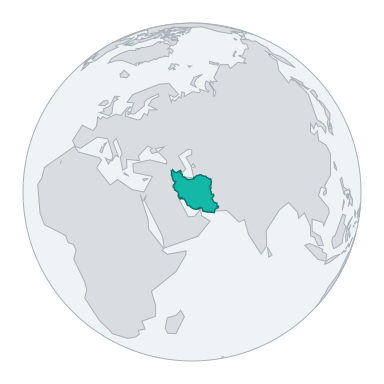 the Earth from above Iran
{"feature_id": "IRN", "entity_name": "Iran", "entity_type": "country or territory", "adm_level": 0, "iso_a3": "IRN", "parent_name": "Asia", "parent_adm1": "", "projection": "orthographic", "projection_center": [53.162, 32.435], "detail": "medium", "context": "on_globe", "style": "filled", "palette": "teal", "viewbox_px": 384, "rotation_deg": 0, "n_neighbors": 0, "source": "natural_earth", "source_scale": "50m", "svg_char_len": 12238}
<svg xmlns="http://www.w3.org/2000/svg" viewBox="0 0 384 384"><circle cx="192" cy="192" r="169" fill="#eef3f6" stroke="#a8b0b8"/><path d="M202.2,23.3L203.2,23.4L220.5,26.1L228.4,27.4L224.7,27.1L241.5,30.6L252.5,34.4L238.5,29.9L235.9,29.4L242.6,31.7L241.3,31.7L243.8,33.0L241.7,33.0L233.7,30.9L232.2,31.0L237.0,32.6L237.9,34.0L231.1,31.5L232.0,33.8L218.8,31.7L202.2,26.8L193.3,27.3L172.0,27.2L172.3,27.9L164.5,29.0L161.9,30.3L158.7,30.4L159.5,31.5L162.9,31.3L164.4,31.8L163.2,32.8L158.9,32.8L158.9,32.3L157.0,32.8L155.3,32.5L155.5,33.2L150.4,33.4L153.6,34.7L148.1,36.1L145.2,35.9L147.8,34.0L147.7,30.3L145.6,30.3L139.9,31.7L124.2,38.1L120.9,39.2L114.7,42.1L115.4,42.1L120.5,39.9L120.3,41.1L126.6,38.8L127.5,39.1L133.0,38.0L129.6,40.3L123.2,43.5L118.5,44.7L115.6,46.3L118.0,47.2L107.1,52.1L96.4,60.1L93.9,61.4L92.7,59.5L98.0,53.8L96.5,53.1L94.8,56.0L88.5,59.9L86.3,61.8L85.1,63.3L86.5,62.9L83.8,65.0L84.4,62.4L86.9,60.4L86.7,61.1L89.1,58.7L89.5,57.8L86.2,60.2L86.8,59.8L96.8,52.4L107.2,45.8L118.2,40.0L129.5,35.0L141.1,30.9L153.1,27.6L165.2,25.2L177.5,23.7L189.9,23.1L202.2,23.3ZM234.4,28.7L230.7,27.7L234.8,28.7L234.4,28.7ZM244.5,33.2L246.0,33.5L246.6,34.1L244.5,33.2ZM134.5,36.8L133.8,37.4L133.1,37.3L134.5,36.8ZM137.6,35.8L137.4,35.3L138.9,34.8L139.0,35.2L137.6,35.8ZM244.1,34.7L244.7,35.7L242.7,34.3L244.1,34.7ZM137.5,36.6L141.5,34.0L144.0,33.2L146.5,33.9L137.5,36.6ZM244.1,36.1L245.8,38.9L249.2,39.8L240.5,39.4L242.0,36.8L239.0,34.8L242.3,36.0L244.1,36.1ZM164.5,30.9L160.8,31.1L165.0,30.1L164.5,30.9ZM166.8,30.1L177.5,27.0L182.4,27.4L177.9,28.2L185.1,28.3L182.2,29.9L177.6,30.3L175.0,29.6L175.9,30.8L166.8,30.1ZM235.5,38.9L234.7,39.5L234.0,38.5L235.5,38.9ZM165.3,32.0L167.0,31.2L171.4,31.4L168.8,33.0L168.2,32.4L165.3,32.0ZM188.4,27.7L191.2,28.3L189.6,29.7L190.5,30.2L182.6,30.0L188.4,27.7ZM166.6,32.8L167.3,33.9L164.2,34.7L163.9,32.8L166.6,32.8ZM173.7,30.8L175.6,31.0L173.7,31.4L173.7,30.8ZM153.5,38.8L155.4,37.5L157.9,37.5L153.5,38.8ZM167.8,34.3L168.8,34.0L170.0,33.9L169.8,34.8L167.8,34.3ZM182.0,31.2L180.8,31.7L185.2,31.3L184.2,32.6L179.1,32.3L180.8,33.0L180.5,33.4L176.7,32.8L182.0,31.2ZM173.2,35.5L166.4,36.0L162.2,38.2L159.9,38.2L167.0,34.8L173.2,35.5ZM175.6,33.9L173.6,34.9L171.7,34.3L172.0,33.3L175.6,33.9ZM185.3,33.6L188.2,31.7L189.2,31.9L185.3,33.6ZM172.3,36.2L174.0,36.1L172.2,36.5L172.3,36.2ZM181.7,34.5L182.6,33.7L183.7,33.9L181.7,34.5ZM176.6,36.7L174.4,36.8L174.5,36.0L176.6,36.7ZM179.2,35.8L180.6,36.2L175.8,35.7L179.4,35.4L179.2,35.8ZM182.7,34.8L183.6,34.7L182.1,35.1L182.7,34.8ZM177.5,39.7L171.5,39.2L171.7,37.4L177.5,38.1L177.5,39.7ZM40.1,213.2L37.7,184.6L41.8,178.1L44.5,167.4L74.4,146.4L78.4,152.0L99.3,157.6L101.5,160.2L96.5,167.9L110.2,185.0L117.6,179.5L132.4,189.8L143.9,191.9L152.4,176.4L133.6,172.5L132.8,163.7L149.8,159.9L166.6,163.9L166.8,160.7L158.2,151.9L164.2,146.9L155.5,148.5L157.5,152.2L152.1,153.5L150.0,150.2L152.2,148.4L147.7,146.0L138.5,155.8L139.5,160.6L126.5,159.4L126.9,167.6L122.6,170.1L120.3,157.4L122.2,153.4L116.2,138.3L113.1,142.2L118.5,157.0L115.9,155.1L111.7,161.2L112.8,155.1L107.7,138.7L97.4,137.1L80.6,148.2L75.3,146.6L72.6,140.4L82.4,125.2L93.0,130.7L96.6,126.1L97.7,116.8L100.8,119.5L102.5,116.6L106.9,118.5L116.1,114.1L120.9,115.4L127.6,107.3L131.0,107.0L126.1,111.8L125.3,116.1L137.7,120.0L141.0,118.8L144.3,113.4L147.4,115.5L149.0,109.8L157.6,109.8L148.4,105.3L152.0,99.5L158.9,96.4L158.4,93.9L147.3,99.1L144.3,102.0L144.4,105.7L134.9,113.8L130.0,114.0L133.7,102.9L127.1,102.2L132.8,94.5L159.4,84.1L169.0,83.5L178.4,94.3L174.5,97.4L169.1,94.9L171.3,102.4L172.4,99.2L174.9,101.2L179.1,96.7L181.0,97.9L181.6,91.9L184.5,92.9L184.1,96.7L192.6,91.7L199.4,92.8L200.4,91.2L199.5,89.1L208.7,92.3L209.0,91.0L206.1,89.4L204.9,85.8L206.2,80.9L209.3,82.3L209.3,84.2L213.8,90.6L213.1,96.0L214.5,96.1L215.8,91.8L210.3,83.9L210.3,80.6L213.5,84.0L212.3,82.5L213.3,81.3L217.1,81.5L213.9,77.8L220.1,64.8L228.1,64.5L230.3,68.5L237.9,62.4L246.4,63.5L243.7,61.9L245.6,58.4L242.9,58.0L241.8,57.0L245.3,49.2L248.5,48.8L247.0,44.5L245.6,43.8L243.1,43.8L240.5,39.4L249.2,39.8L251.9,41.3L255.5,40.9L261.1,44.6L267.4,47.9L271.5,52.8L276.2,55.3L277.0,55.0L284.0,58.4L295.3,67.7L282.3,61.8L264.6,50.3L271.5,54.8L268.8,54.4L270.5,56.6L275.5,60.1L276.8,60.0L278.9,70.5L288.6,82.9L290.7,79.4L295.4,81.0L308.3,94.3L317.1,119.6L323.5,123.8L326.1,128.1L325.6,132.9L321.7,126.7L318.1,126.6L316.0,122.6L313.8,129.0L310.7,123.7L310.5,131.7L314.3,134.8L317.4,130.8L318.6,140.6L326.0,145.0L330.5,153.8L330.5,175.1L324.9,185.2L325.3,188.4L321.1,187.1L318.5,195.5L328.5,208.0L329.2,212.7L323.6,225.8L323.0,222.5L312.1,219.1L312.1,231.2L320.5,236.5L323.4,245.7L317.9,245.4L314.6,237.4L310.7,236.0L310.3,225.9L304.3,212.8L298.6,218.3L297.6,212.2L288.5,202.4L279.5,209.8L266.2,230.5L266.7,246.0L261.1,254.0L248.5,234.4L244.4,219.6L239.0,222.0L226.9,210.5L203.2,211.5L200.7,207.4L196.1,209.5L187.7,205.4L184.2,198.6L178.8,198.9L188.3,216.7L194.3,216.4L200.4,209.7L201.9,215.9L210.1,221.1L197.9,236.3L164.3,248.0L162.5,236.2L144.6,200.7L146.0,197.1L146.0,196.7L145.9,195.9L142.7,201.6L140.1,194.5L148.0,219.2L148.7,229.2L163.8,248.6L162.0,250.3L167.3,254.3L186.1,250.9L185.9,254.7L176.1,271.5L151.4,291.3L155.6,305.5L155.3,316.4L141.9,321.2L145.1,329.1L138.5,330.3L139.4,334.2L135.2,337.1L127.5,338.4L112.2,333.6L109.6,330.1L99.5,320.6L84.7,297.9L86.8,290.1L84.8,282.0L73.9,259.5L76.1,250.1L73.6,244.4L68.2,242.7L65.6,235.7L62.5,233.8L44.5,224.8L40.1,213.2ZM61.5,160.7L60.1,163.7L61.5,160.7ZM182.7,176.7L193.8,178.0L191.4,167.2L195.5,167.0L193.2,163.6L191.2,166.4L186.0,157.2L191.7,154.5L191.8,149.9L188.0,149.3L178.4,156.0L185.8,168.9L182.1,173.0L182.7,176.7ZM88.5,60.1L88.3,60.3L86.6,62.1L86.5,61.8L88.5,60.1ZM84.9,67.7L80.7,70.9L83.6,68.2L82.5,68.2L87.4,62.9L92.9,61.9L89.5,63.1L84.9,67.7ZM95.4,56.1L91.7,59.2L95.6,55.8L95.4,56.1ZM107.7,100.3L108.2,103.0L105.0,105.7L98.8,105.2L103.4,101.2L107.7,100.3ZM109.5,106.4L114.9,96.2L118.9,96.5L115.8,98.0L117.9,99.2L113.4,102.0L112.0,112.7L109.1,115.8L99.3,112.5L104.1,111.6L103.4,108.9L109.5,106.4ZM121.5,73.6L123.9,70.2L129.6,75.0L126.7,77.7L120.4,77.0L120.1,73.5L121.5,73.6ZM141.2,38.7L141.7,37.9L142.9,37.8L143.5,38.4L141.2,38.7ZM154.2,38.2L140.1,42.5L140.0,41.7L131.8,45.8L128.4,45.3L133.8,42.6L125.1,45.6L128.6,42.9L122.7,45.3L135.1,39.2L137.9,37.3L136.0,39.6L139.1,40.0L141.3,39.6L149.5,37.2L157.0,33.8L161.2,34.0L162.2,35.1L161.1,36.0L158.7,35.5L158.9,37.0L154.5,37.0L154.2,38.2ZM171.4,53.7L169.2,51.8L168.7,56.8L164.4,56.0L164.6,56.6L160.5,57.3L155.9,59.5L154.3,58.7L153.2,59.9L150.4,60.6L148.4,62.1L144.8,61.4L142.0,63.2L141.8,61.9L138.0,65.3L139.2,62.5L135.8,63.4L136.4,65.6L121.9,60.3L114.9,61.0L108.3,63.2L111.4,58.7L119.4,54.0L129.4,50.2L135.7,50.5L136.0,48.7L139.1,48.4L137.6,49.9L141.7,47.4L143.9,47.6L152.8,45.5L157.4,42.1L160.7,41.5L160.0,43.0L163.8,41.3L164.8,43.8L167.2,43.5L170.5,45.8L167.7,49.1L170.6,48.6L173.3,50.6L171.4,53.7ZM178.3,40.4L175.9,44.1L172.4,45.7L168.0,41.1L165.7,41.0L162.8,38.6L168.0,36.5L168.4,37.3L169.9,37.7L167.7,38.2L170.6,38.1L171.2,39.4L173.6,39.7L172.2,40.8L178.3,40.4ZM105.5,158.1L107.5,159.3L110.9,160.1L108.4,164.2L105.5,158.1ZM101.8,146.9L103.8,147.1L101.9,152.9L99.8,151.8L101.8,146.9ZM106.5,142.6L104.0,146.7L104.2,143.8L106.5,142.6ZM128.1,111.8L130.5,111.9L130.1,113.3L128.0,114.9L128.1,111.8ZM169.3,69.9L168.6,68.1L169.7,67.7L171.4,63.7L174.8,64.2L175.0,66.8L169.3,69.9ZM148.3,178.6L144.0,181.1L142.7,179.3L144.4,178.7L148.3,178.6ZM124.5,172.8L129.2,176.3L123.8,173.9L124.5,172.8ZM173.3,69.8L173.6,68.0L175.1,69.4L173.3,69.8ZM177.3,64.4L179.3,65.6L175.4,63.8L177.3,64.4ZM222.4,356.7L224.2,356.8L221.3,357.2L222.4,356.7ZM184.4,316.8L175.8,333.8L167.7,333.3L165.1,328.3L167.4,317.8L176.4,315.2L180.6,310.2L184.4,316.8ZM344.0,252.3L345.9,250.7L345.7,251.4L344.0,252.3ZM342.1,252.4L344.5,250.1L341.4,254.2L342.1,252.4ZM345.4,249.2L347.9,245.3L348.9,243.1L348.6,244.7L345.4,249.2ZM340.3,254.1L329.3,262.6L324.6,264.2L326.0,261.0L333.7,256.3L340.3,254.1ZM325.6,261.2L317.9,259.3L304.8,245.3L309.6,243.5L322.7,249.2L321.9,251.7L326.6,254.1L325.6,261.2ZM343.0,236.3L342.2,243.0L336.4,247.4L333.6,248.5L331.7,241.9L332.8,237.0L335.2,235.4L342.7,214.3L345.7,215.2L343.8,223.4L346.1,226.8L343.0,236.3ZM267.5,247.2L272.0,255.1L268.8,257.3L267.5,247.2ZM344.4,201.4L342.3,210.5L343.7,199.5L344.4,201.4ZM344.4,191.9L345.2,194.9L343.4,193.0L344.4,191.9ZM326.5,192.9L324.0,195.4L323.3,193.2L326.0,188.6L326.5,192.9ZM334.0,161.3L336.4,168.0L336.9,170.7L334.5,167.5L334.0,161.3ZM202.4,74.3L196.2,79.1L194.0,83.5L196.3,87.2L190.4,84.3L193.9,77.5L202.4,74.3ZM217.6,65.7L215.5,62.9L218.1,63.0L219.0,63.7L217.6,65.7ZM215.1,64.7L209.5,63.4L209.5,61.2L213.9,62.6L215.1,64.7ZM191.2,65.9L189.2,67.2L188.0,66.0L191.2,65.9ZM316.5,306.2L315.2,307.5L319.0,303.2L323.6,295.2L324.6,294.5L328.0,287.7L339.2,272.4L348.2,253.4L350.7,249.3L354.8,236.2L356.0,232.6L352.7,244.2L348.6,255.5L343.6,266.5L337.9,277.1L331.5,287.3L324.4,297.0L316.5,306.2ZM348.5,247.4L351.6,239.4L352.8,237.3L348.5,247.4ZM358.4,221.4L358.4,221.5L358.7,219.6L358.4,221.4ZM359.1,216.9L359.5,213.6L357.9,218.2L357.6,216.6L358.5,212.4L356.8,214.2L358.8,208.4L359.1,212.5L360.0,205.3L360.7,201.9L360.7,201.6L359.1,216.9ZM357.9,221.4L358.1,220.7L357.7,223.1L357.9,221.4ZM354.0,225.0L353.8,226.8L353.2,226.6L354.0,225.0ZM355.0,222.5L356.7,220.9L354.7,224.3L355.0,222.5ZM347.6,226.8L348.4,229.8L350.9,224.3L348.9,230.2L350.2,234.5L349.5,237.6L348.3,232.7L347.1,240.6L345.9,241.8L345.7,236.4L347.1,227.5L348.3,223.1L352.7,216.3L347.6,226.8ZM355.1,217.8L354.6,214.1L354.9,210.4L355.6,211.8L355.1,217.8ZM352.1,205.7L349.7,202.6L348.2,206.7L350.6,195.1L352.6,199.9L352.1,205.7ZM349.0,195.8L347.7,199.6L348.6,193.3L349.0,195.8ZM347.0,198.3L346.1,194.8L347.5,193.8L347.0,198.3ZM349.9,195.0L348.9,188.3L350.3,191.2L349.9,195.0ZM343.6,187.1L347.9,190.0L343.5,191.6L340.1,179.6L341.7,177.5L343.6,187.1ZM332.0,128.4L329.7,125.5L330.3,123.1L331.7,125.7L332.0,128.4ZM330.0,113.7L329.7,121.5L329.1,128.4L330.8,128.7L333.4,135.3L329.2,131.7L327.3,122.8L328.3,118.7L325.5,113.7L324.5,108.4L320.1,103.2L318.7,99.9L322.9,103.5L330.0,113.7ZM318.2,101.2L310.3,91.5L312.7,89.8L314.9,91.5L317.6,96.6L316.2,97.1L318.2,101.2ZM309.1,88.8L307.6,89.4L292.9,79.1L290.4,76.6L302.9,82.9L302.2,83.9L305.4,86.9L309.1,88.8ZM236.5,40.0L234.9,39.5L236.4,39.5L236.5,40.0ZM240.3,56.9L239.0,55.5L240.8,55.3L240.3,56.9ZM236.3,51.8L235.2,53.0L235.1,51.1L236.3,51.8ZM232.8,55.8L234.1,53.1L234.7,56.6L232.8,55.8Z" fill="#d9dde1" stroke="#a8b0b8" stroke-width="1"/><path d="M193.8,177.5L195.6,177.1L196.0,176.2L197.2,175.4L199.2,175.3L199.6,174.8L201.3,174.8L201.7,175.5L203.2,175.9L203.9,176.3L205.2,176.2L206.3,176.6L206.7,177.4L208.2,178.1L208.9,179.0L210.8,178.9L210.9,179.1L211.0,180.9L211.3,181.2L211.4,182.2L211.0,182.9L211.1,184.2L210.3,185.2L210.8,185.8L210.2,185.8L209.8,186.5L209.9,187.6L210.2,188.0L211.0,188.2L210.2,189.3L211.1,191.9L211.2,194.1L213.3,194.3L213.8,195.6L211.6,198.9L212.9,200.2L213.8,201.9L214.5,202.5L215.7,202.8L216.3,203.3L216.8,203.2L217.0,206.1L218.1,206.0L218.5,206.4L218.2,207.8L216.4,208.2L215.9,208.9L214.9,209.3L214.4,212.4L214.0,212.7L211.9,212.3L211.5,211.9L211.2,212.3L208.7,212.0L207.6,212.2L207.0,211.8L203.1,211.3L202.0,208.1L201.6,207.6L200.4,207.3L198.5,208.0L198.0,208.6L196.2,209.4L194.9,208.9L193.4,208.8L190.8,207.1L190.2,206.2L189.0,205.6L187.9,205.4L187.1,204.6L186.6,202.9L186.1,202.4L186.1,201.9L185.6,201.6L185.5,200.8L184.4,199.3L184.1,198.5L182.8,198.9L181.4,197.9L181.9,197.9L182.0,197.6L181.4,197.5L181.1,198.8L180.2,199.0L179.9,198.8L179.7,198.1L178.9,197.5L179.0,195.9L178.2,195.9L178.2,194.7L178.7,193.6L177.6,191.6L177.0,191.5L175.2,190.0L174.6,189.9L174.7,189.1L174.5,188.5L173.1,186.8L173.5,186.1L173.3,185.5L173.5,185.0L173.8,185.1L173.9,184.4L175.1,183.5L174.9,182.1L175.6,181.6L174.4,181.4L173.5,180.8L173.2,179.8L172.8,179.4L172.3,177.4L172.4,176.9L172.0,176.5L172.1,175.7L171.3,175.0L171.9,173.8L171.6,173.6L171.7,172.3L171.3,170.7L172.1,170.6L172.6,169.7L174.4,172.0L176.0,172.5L176.9,172.5L178.8,171.1L180.3,170.4L181.0,171.3L180.5,171.7L180.9,172.4L180.2,172.8L181.5,174.2L182.1,174.1L182.5,176.4L183.1,176.9L184.9,177.3L185.8,178.4L187.2,179.3L189.7,179.7L193.4,178.8L193.8,178.8L193.2,179.0L193.9,179.1L193.8,177.5ZM200.2,208.0L199.4,208.8L198.0,209.2L197.6,209.0L198.8,208.5L198.8,208.1L200.2,208.0Z" fill="#14b8a6" stroke="#0f766e" stroke-width="1.5"/></svg>